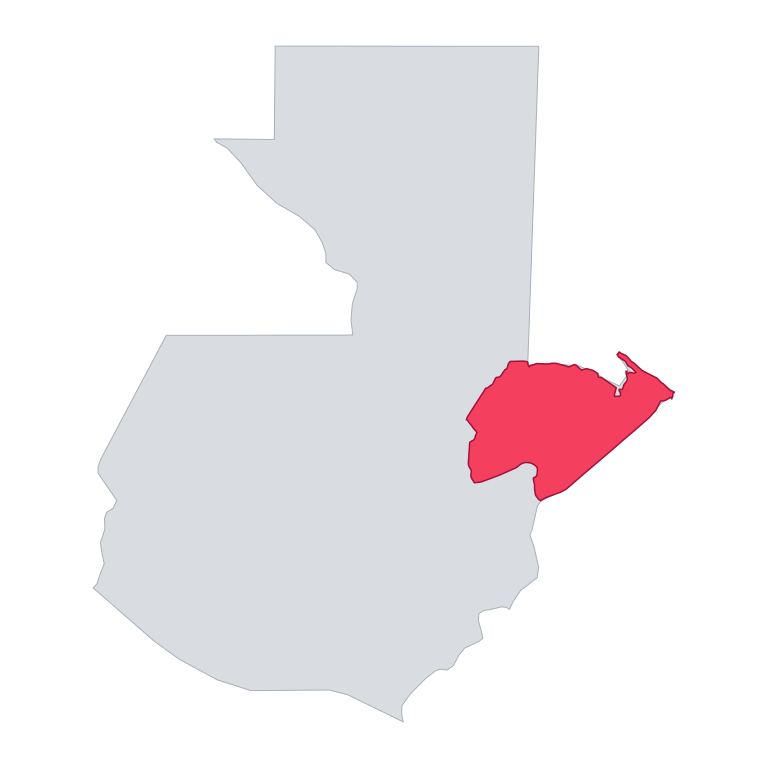 Guatemala, with Izabal highlighted
{"feature_id": "GTM-1959", "entity_name": "Izabal", "entity_type": "Department", "adm_level": 1, "iso_a3": "GTM", "parent_name": "Guatemala", "parent_adm1": "", "projection": "robinson", "projection_center": [-89.06, 15.52], "detail": "fine", "context": "in_parent", "style": "filled", "palette": "rose", "viewbox_px": 768, "rotation_deg": 0, "n_neighbors": 0, "source": "natural_earth", "source_scale": "10m", "svg_char_len": 3997}
<svg xmlns="http://www.w3.org/2000/svg" viewBox="0 0 768 768"><path d="M93.2,587.9L97.0,583.7L100.2,573.9L104.2,563.8L101.8,552.2L100.4,542.7L104.9,529.0L104.5,518.7L106.6,512.3L113.2,508.2L116.7,500.3L98.1,473.2L98.1,467.1L100.6,459.5L115.9,430.5L134.1,396.1L154.2,358.2L166.3,335.3L210.1,335.3L239.0,335.3L275.8,335.2L315.7,335.2L342.0,335.2L352.8,334.9L351.0,320.1L352.4,303.7L357.2,288.8L357.2,282.2L349.4,274.2L334.3,269.5L325.9,262.4L325.9,253.4L322.2,242.5L314.9,229.7L299.7,216.6L276.7,203.2L257.1,185.3L240.9,162.7L227.2,148.2L216.7,142.2L214.2,138.9L245.1,139.2L274.4,139.5L274.6,107.2L274.9,78.5L275.2,46.1L328.1,46.1L391.3,46.2L456.9,46.3L508.5,46.3L538.8,46.3L537.4,86.5L535.8,133.1L534.6,167.3L533.0,213.0L531.4,259.6L529.2,323.3L527.7,364.5L528.4,365.4L545.6,363.4L571.2,365.2L577.4,365.1L585.2,368.7L591.2,369.7L604.2,379.0L619.5,386.0L629.2,371.9L624.0,363.4L620.2,359.0L620.8,355.2L673.7,391.9L667.5,397.5L654.0,410.6L629.6,432.9L607.8,452.9L586.7,471.0L567.7,487.4L565.5,489.0L541.4,500.6L537.4,506.0L532.2,529.1L529.9,534.8L534.2,547.6L538.6,567.4L537.2,577.7L520.5,590.5L512.9,602.0L509.5,609.4L506.5,607.4L501.4,606.9L489.5,609.7L483.7,610.4L478.9,613.7L478.5,620.8L481.6,632.3L482.8,638.3L479.4,641.1L464.8,648.0L459.0,654.9L453.4,665.5L447.0,670.0L440.3,669.2L435.5,670.7L425.4,678.7L410.1,694.2L401.9,705.6L401.7,714.2L403.2,721.9L347.6,694.7L329.0,690.0L250.8,690.6L217.3,679.9L179.1,659.2L153.4,640.5L93.2,587.9Z" fill="#d9dde1" stroke="#a8b0b8" stroke-width="1"/><path d="M674.8,392.4L673.1,393.1L672.7,394.6L672.8,396.4L671.8,398.6L670.9,397.4L668.4,398.6L666.3,399.9L664.0,400.8L661.0,400.9L660.1,402.1L655.8,410.4L649.1,417.7L639.2,426.4L634.5,430.5L621.8,441.3L609.3,452.2L596.7,462.9L584.2,473.6L565.9,489.4L560.9,492.0L546.2,497.5L541.7,500.0L540.8,500.8L540.7,500.7L540.3,500.4L539.3,499.9L538.7,499.4L535.8,495.6L535.5,494.7L534.7,490.0L534.5,487.4L534.6,485.8L534.5,484.8L533.4,479.5L533.4,478.4L533.5,477.8L535.3,477.0L535.9,476.5L536.2,476.2L536.4,475.9L536.8,475.2L536.9,474.8L537.1,473.7L537.4,469.6L537.3,468.5L537.2,468.1L537.0,467.5L536.7,467.0L535.9,466.1L535.5,465.7L535.1,465.4L531.7,463.3L530.2,462.9L525.8,462.4L522.4,463.3L520.4,464.4L516.6,467.5L499.6,475.1L482.5,481.5L480.3,482.1L474.4,482.8L471.8,478.7L471.2,477.2L470.9,476.3L470.8,475.6L470.9,474.7L471.3,471.9L471.4,471.1L471.2,470.4L470.4,468.8L469.4,467.4L469.1,466.6L468.5,465.0L468.4,464.5L468.4,462.0L469.7,442.6L469.9,442.3L470.8,441.5L473.5,440.1L473.8,439.8L474.1,439.5L474.3,439.2L474.5,438.9L474.9,438.1L475.3,436.2L475.6,435.4L475.8,435.0L476.9,432.9L476.7,432.3L476.2,431.4L474.3,429.4L473.1,427.9L471.9,426.0L468.7,422.2L468.2,421.2L468.0,420.9L467.7,420.5L467.4,420.3L466.7,419.8L466.4,419.7L467.4,416.9L475.5,404.2L484.7,390.0L485.0,389.1L485.3,388.7L485.7,388.4L487.2,387.9L488.0,387.5L490.4,385.6L491.9,384.8L492.4,384.4L493.0,383.5L494.7,380.0L494.9,379.6L495.6,378.1L496.0,377.7L496.5,377.4L499.3,377.1L500.8,375.8L504.7,370.0L506.4,368.9L507.0,368.2L507.3,367.7L507.4,367.1L507.7,366.0L508.6,363.3L510.3,361.4L523.6,361.1L527.0,361.6L527.7,362.3L527.8,362.4L527.9,362.5L527.9,364.5L529.1,366.7L529.4,366.2L530.7,365.4L532.4,364.8L533.8,364.7L536.4,363.5L547.5,364.1L551.6,363.3L556.2,363.3L569.0,366.9L574.5,364.5L576.5,365.5L581.4,370.1L586.4,368.7L592.8,370.3L597.8,373.5L598.3,377.0L601.6,377.6L616.2,387.7L614.4,395.2L614.7,396.3L618.6,396.3L620.2,395.7L620.7,394.2L620.5,393.0L620.1,392.8L620.1,392.1L619.6,391.5L619.1,390.8L619.2,389.5L619.9,389.3L621.2,389.5L622.5,389.2L623.1,387.7L623.7,385.1L624.9,383.3L626.3,381.8L627.1,380.4L627.3,377.8L626.2,373.9L626.1,371.3L627.1,371.3L627.1,373.1L627.1,373.6L628.0,373.6L629.8,372.3L634.0,373.2L636.0,372.4L632.7,368.9L630.8,367.3L628.1,366.0L627.0,364.3L626.1,362.4L625.1,361.1L618.8,357.2L617.1,354.7L619.1,352.0L621.3,353.4L625.5,355.4L627.1,356.5L631.3,361.4L634.4,363.4L641.9,370.4L656.9,378.1L661.8,383.0L663.3,383.8L669.7,390.0L674.7,392.4L674.8,392.4Z" fill="#f43f5e" stroke="#9f1239" stroke-width="1.5"/></svg>